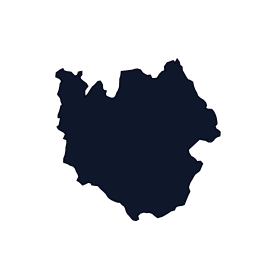 Mata, Rio Grande do Sul, Brazil, rotated 203°
{"feature_id": "56859067B52092652221629", "entity_name": "Mata", "entity_type": "district", "adm_level": 2, "iso_a3": "BRA", "parent_name": "Brazil", "parent_adm1": "Rio Grande do Sul", "projection": "albers", "projection_center": [-54.46, -29.545], "detail": "fine", "context": "isolated", "style": "filled", "palette": "ink", "viewbox_px": 256, "rotation_deg": 203, "n_neighbors": 0, "source": "geoboundaries", "source_scale": "gbopen_adm2", "svg_char_len": 2583}
<svg xmlns="http://www.w3.org/2000/svg" viewBox="0 0 256 256"><g transform="rotate(203 128 128)"><path d="M45.6,116.8L45.6,120.9L45.6,124.3L48.3,125.5L51.4,123.8L53.5,125.2L55.9,126.0L59.2,126.4L62.5,128.9L64.3,131.6L57.9,145.9L54.9,146.4L51.7,147.2L48.5,146.8L46.2,147.7L44.8,149.9L44.2,152.5L42.7,154.9L40.6,156.7L41.7,160.2L44.3,161.1L46.5,161.3L48.9,163.5L47.9,166.6L49.3,169.1L50.9,171.6L52.6,173.7L55.5,176.3L58.2,177.6L61.9,176.3L64.6,176.4L64.7,179.3L66.4,181.4L69.4,182.8L72.1,183.2L74.3,183.7L76.5,184.6L78.6,186.9L81.6,189.2L84.2,192.0L86.5,195.4L89.4,195.8L91.9,195.7L94.7,197.4L97.3,199.5L100.6,202.0L102.3,205.2L105.0,206.0L106.7,208.6L109.6,210.4L109.9,206.1L112.6,207.5L114.5,205.7L117.2,203.3L118.2,198.8L116.3,195.1L118.5,193.1L119.8,189.7L120.5,185.2L123.3,183.3L125.5,182.8L128.1,185.2L130.8,183.6L133.0,183.7L136.2,184.3L139.1,186.1L142.3,185.8L144.5,184.5L146.3,182.9L150.3,180.5L153.7,178.6L156.0,177.3L154.8,173.3L154.5,170.1L152.5,164.9L151.6,162.4L151.4,158.5L151.8,156.3L151.6,153.7L152.0,150.6L154.3,148.8L157.5,148.5L160.9,148.7L162.4,150.7L162.6,153.4L165.2,153.1L166.9,154.2L168.5,157.5L170.1,159.0L171.9,160.1L173.7,158.9L175.3,154.3L176.6,151.8L177.2,148.8L177.9,144.3L178.5,141.9L179.9,139.9L181.3,142.3L182.7,145.8L182.1,148.4L181.4,150.7L183.8,152.4L187.9,153.4L190.7,154.3L192.4,156.2L191.5,158.9L192.7,161.8L195.2,160.1L195.1,156.5L197.2,154.8L202.3,156.9L206.5,155.7L209.5,155.5L211.1,156.9L212.9,154.9L215.4,150.8L214.3,147.1L210.2,147.0L207.1,145.4L207.5,142.3L206.7,139.3L206.0,135.9L205.8,131.6L201.7,129.3L199.5,126.0L197.2,124.0L198.2,121.9L197.6,119.1L197.3,116.5L197.2,112.7L196.3,110.5L193.7,111.4L193.1,107.6L192.2,103.4L193.5,101.4L191.6,100.0L188.3,99.5L185.6,99.3L182.9,98.1L183.0,93.3L179.6,93.5L178.1,90.2L177.2,85.6L176.2,83.2L175.1,78.6L175.0,74.9L173.7,71.5L169.3,71.8L167.1,71.4L163.2,71.7L160.6,70.4L158.3,68.0L155.5,65.8L154.0,63.9L154.2,59.9L151.9,59.7L149.7,58.9L147.6,58.0L145.4,60.3L143.4,62.7L140.6,63.1L139.0,61.7L135.7,62.6L133.2,63.5L131.1,62.5L129.2,61.6L125.3,60.3L122.3,59.0L119.6,57.1L117.4,56.2L115.1,55.8L111.9,55.7L109.0,55.8L106.2,56.7L103.1,55.3L100.7,54.9L98.8,53.2L96.9,50.8L94.6,49.0L92.0,47.9L89.7,46.6L87.3,45.6L84.5,46.2L82.9,48.2L85.0,50.9L83.7,54.4L80.6,57.1L78.0,57.5L75.4,58.9L72.2,59.1L68.6,57.9L65.7,57.3L63.9,58.8L62.1,60.3L60.0,63.0L57.9,65.9L56.3,68.5L53.4,70.8L53.4,73.7L52.2,75.5L50.3,76.9L48.1,78.1L46.5,79.7L46.6,82.2L46.7,85.9L46.7,89.6L46.5,93.7L49.2,96.5L49.7,99.2L49.8,102.2L49.3,105.7L49.0,108.5L48.6,111.4L45.6,116.8Z" fill="#0f172a" stroke="#020617" stroke-width="1.5"/></g></svg>